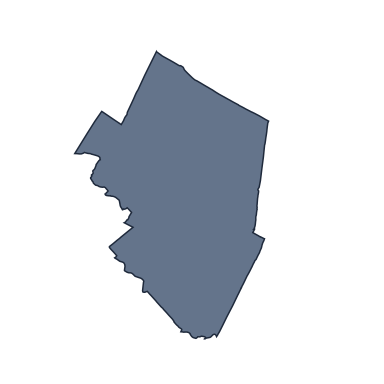 Stefan Cel Mare, Arges, Romania (Equal Earth projection), rotated 159°
{"feature_id": "2599482B99877909755934", "entity_name": "Stefan Cel Mare", "entity_type": "district", "adm_level": 2, "iso_a3": "ROU", "parent_name": "Romania", "parent_adm1": "Arges", "projection": "equal_earth", "projection_center": [25.249, 44.468], "detail": "fine", "context": "isolated", "style": "filled", "palette": "slate", "viewbox_px": 384, "rotation_deg": 159, "n_neighbors": 0, "source": "geoboundaries", "source_scale": "gbopen_adm2", "svg_char_len": 5362}
<svg xmlns="http://www.w3.org/2000/svg" viewBox="0 0 384 384"><g transform="rotate(159 192 192)"><path d="M232.9,50.4L232.6,50.2L231.1,50.5L227.9,49.9L227.1,49.8L226.0,50.1L223.7,51.2L222.3,51.3L221.3,50.6L220.9,49.4L220.9,48.8L220.9,48.2L219.6,49.1L218.6,50.0L216.3,51.8L210.3,57.3L204.4,62.8L194.9,71.2L189.7,76.1L186.0,79.6L185.5,80.0L182.2,83.1L180.3,84.8L180.5,84.9L180.1,85.2L179.3,85.9L177.1,87.8L174.0,90.7L173.9,90.8L173.3,91.4L171.7,92.9L171.2,93.4L171.0,93.6L168.9,95.3L168.2,95.9L166.8,97.1L165.9,97.9L164.8,98.9L163.4,100.2L163.1,100.4L161.0,102.5L160.0,103.4L159.6,103.7L158.6,104.6L157.9,105.4L157.4,105.6L156.3,106.1L155.3,107.1L154.9,107.5L153.1,109.2L151.1,110.9L150.4,111.6L149.8,112.4L148.7,113.5L147.4,114.8L147.1,115.1L146.9,115.5L146.6,115.9L145.4,117.7L144.9,118.2L144.6,118.7L143.6,119.7L142.7,120.5L141.6,121.7L141.1,122.4L141.3,122.5L144.1,125.6L144.3,125.5L144.5,125.8L145.5,127.1L146.3,128.1L147.0,128.9L148.4,130.6L149.8,132.3L148.4,133.5L147.0,134.7L146.9,135.0L147.3,135.0L147.6,135.1L147.4,135.2L146.9,135.9L146.5,136.2L145.8,137.1L145.4,137.6L144.5,139.1L143.3,141.5L142.4,143.1L142.1,144.0L141.8,144.8L141.6,145.3L141.2,146.2L141.0,146.4L140.9,146.6L140.2,147.5L138.9,150.1L138.2,151.3L138.0,151.7L137.4,152.4L137.4,152.5L137.2,153.6L136.9,153.8L136.8,154.1L136.7,154.4L136.5,155.0L136.5,155.4L136.4,155.7L135.6,157.2L134.8,158.9L133.9,160.8L133.2,162.3L132.7,163.2L132.1,164.2L131.7,165.1L131.1,166.0L130.2,167.5L129.7,168.4L129.7,168.6L129.4,169.2L129.7,170.1L129.7,170.6L129.5,170.9L129.2,171.1L128.8,171.4L128.1,172.0L127.6,172.4L124.1,178.0L118.5,188.6L112.8,199.1L110.1,204.5L107.3,210.0L107.1,210.3L106.8,210.5L106.1,211.7L104.9,213.8L103.8,215.9L101.7,219.5L100.6,221.5L99.5,223.7L98.4,225.8L96.6,229.1L95.5,230.3L95.3,230.5L95.1,230.7L96.2,232.0L97.2,233.1L98.3,234.5L99.5,236.0L100.7,237.5L102.0,239.1L104.3,241.7L105.6,243.2L106.6,244.2L106.9,244.7L107.4,245.0L107.6,245.2L108.9,246.7L110.7,248.7L111.5,249.6L112.4,250.6L113.0,251.4L113.7,252.2L114.9,253.6L116.1,254.9L117.4,256.4L117.4,256.7L120.8,260.6L131.7,273.6L132.9,275.2L133.7,276.2L134.7,277.6L136.4,280.0L137.9,281.8L139.7,284.1L141.1,285.8L143.0,288.2L144.4,290.0L146.0,292.0L147.2,293.5L147.4,293.8L147.8,294.2L148.4,294.8L149.0,295.4L149.3,295.9L149.7,296.5L150.8,298.5L153.4,304.1L154.4,306.4L154.9,307.6L155.4,309.1L155.4,310.4L155.6,311.7L157.3,314.0L158.5,314.4L159.5,315.6L163.2,320.3L171.0,329.6L174.9,335.7L174.9,335.8L179.9,331.2L194.2,318.0L205.7,306.8L208.0,305.0L209.8,303.3L212.8,300.2L216.6,296.5L223.8,289.6L225.0,287.5L225.9,287.0L227.3,286.1L228.4,285.2L230.5,283.0L233.9,280.3L238.4,286.7L243.8,294.5L246.3,298.1L247.4,299.6L257.5,292.7L267.0,285.6L268.1,284.8L287.7,269.9L286.6,269.4L285.7,269.1L285.2,268.8L283.2,267.8L281.4,267.2L279.3,267.2L278.3,267.5L277.7,267.0L275.3,265.3L273.0,264.2L272.8,263.9L272.3,263.4L270.6,262.2L269.3,261.2L267.0,259.4L266.2,258.4L265.8,257.7L265.7,256.7L265.9,256.2L266.1,255.9L266.1,255.0L266.6,255.0L267.5,254.7L269.0,253.8L270.8,252.5L271.6,252.1L271.8,251.5L274.2,248.8L275.0,248.2L275.3,248.0L276.7,247.5L277.0,247.2L277.2,246.8L277.3,245.8L277.7,244.8L278.4,244.4L279.8,243.9L279.9,243.6L279.7,243.0L280.2,242.5L280.6,242.1L281.3,241.9L281.5,241.7L281.8,240.8L281.5,240.0L281.3,238.8L281.2,237.8L280.9,237.4L280.8,237.0L280.9,235.8L280.2,234.1L279.4,232.8L278.2,232.1L277.5,231.4L277.2,231.1L276.8,230.4L275.3,229.3L273.5,228.4L272.3,228.2L271.3,227.1L270.9,225.7L270.4,224.5L270.0,223.1L270.4,222.6L271.3,222.3L272.0,222.1L272.6,221.7L273.3,221.2L273.9,221.2L273.8,220.2L273.1,219.4L271.7,218.6L270.2,217.9L269.5,217.8L269.2,217.2L268.0,216.7L266.6,215.8L265.2,214.4L264.2,212.7L262.9,210.3L263.2,208.7L263.5,206.9L263.7,206.0L263.9,204.9L263.9,203.8L263.5,202.0L263.3,200.3L263.0,200.2L262.7,200.6L262.1,200.7L261.6,200.3L260.8,200.1L260.0,200.1L259.3,200.1L258.2,200.5L257.3,198.6L256.6,196.8L256.1,195.4L255.7,194.7L256.2,194.2L258.2,192.7L259.7,191.5L259.9,191.0L260.4,190.4L261.9,189.1L262.6,189.3L264.9,187.8L266.3,187.6L259.7,180.2L273.1,175.8L275.2,175.1L275.4,175.0L276.1,174.7L279.1,173.8L284.6,171.9L288.6,170.7L288.9,170.2L288.9,169.6L288.2,167.5L287.2,165.1L286.7,163.9L286.5,163.3L285.1,159.5L285.8,158.9L286.6,158.5L287.8,158.3L287.6,157.8L286.3,156.3L284.5,153.6L284.1,153.1L281.9,151.4L281.1,150.5L280.8,149.0L280.8,148.1L281.1,147.1L281.3,146.3L281.8,145.5L282.7,143.9L283.2,142.9L283.1,142.6L282.7,142.0L282.2,141.4L281.3,140.3L279.9,139.2L278.2,138.5L277.2,137.6L276.4,136.2L275.9,135.0L275.3,133.7L274.1,132.7L272.7,131.5L270.7,129.9L269.6,128.3L269.0,126.7L269.0,126.0L269.7,125.0L271.6,121.3L273.5,117.6L273.7,116.6L273.7,116.3L273.1,115.8L272.0,115.3L269.4,115.3L268.9,114.1L267.9,111.3L267.7,111.0L264.7,103.2L264.5,102.4L263.5,99.8L261.9,95.6L260.8,93.6L260.8,93.1L260.6,92.5L259.8,90.5L259.0,88.5L257.7,85.0L256.2,81.3L255.7,79.9L255.2,77.6L255.4,77.2L255.2,76.8L255.2,76.7L254.6,74.9L253.8,73.0L253.2,72.0L253.0,71.3L252.8,70.6L252.3,69.8L251.2,68.3L250.8,67.5L251.1,66.9L252.5,65.5L251.9,65.2L250.8,64.7L250.4,64.3L248.3,63.6L246.8,63.0L245.4,61.9L244.8,61.0L244.5,60.2L244.7,59.7L244.4,58.7L244.1,57.4L243.6,56.4L243.0,55.6L241.4,54.4L241.0,54.1L240.7,54.0L240.3,54.0L239.4,54.3L238.4,54.8L237.2,54.2L236.0,53.9L235.1,54.1L233.9,53.5L232.6,52.7L232.1,52.4L231.5,51.5L231.7,51.2L232.0,50.8L232.9,50.4Z" fill="#64748b" stroke="#1e293b" stroke-width="1.5"/></g></svg>